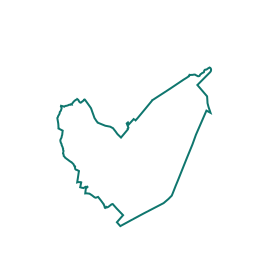 the district of Pancota, Arad, Romania, rotated 117°
{"feature_id": "2599482B7909722307763", "entity_name": "Pancota", "entity_type": "district", "adm_level": 2, "iso_a3": "ROU", "parent_name": "Romania", "parent_adm1": "Arad", "projection": "robinson", "projection_center": [21.692, 46.318], "detail": "fine", "context": "isolated", "style": "outline", "palette": "teal", "viewbox_px": 256, "rotation_deg": 117, "n_neighbors": 0, "source": "geoboundaries", "source_scale": "gbopen_adm2", "svg_char_len": 3650}
<svg xmlns="http://www.w3.org/2000/svg" viewBox="0 0 256 256"><g transform="rotate(117 128 128)"><path d="M138.6,197.7L138.9,197.6L139.2,197.6L139.7,196.9L140.4,196.2L140.6,196.1L141.2,196.0L142.3,195.8L143.0,195.7L143.9,195.8L144.6,196.0L145.4,195.8L146.2,195.5L147.1,195.5L147.7,195.5L148.5,195.6L149.4,195.6L150.3,195.4L151.2,195.5L155.5,192.3L157.1,191.3L157.4,191.1L158.4,190.6L159.2,190.1L159.7,189.3L160.0,189.4L160.0,185.0L162.2,184.2L164.0,183.5L165.0,183.4L166.7,182.9L168.9,182.9L170.1,182.5L170.8,181.9L171.6,181.2L172.4,180.0L173.4,179.3L174.9,177.4L175.6,176.9L175.9,176.4L176.4,176.2L177.1,175.8L177.5,175.2L177.9,175.0L178.4,174.8L179.0,174.7L180.2,174.3L180.2,174.0L180.7,173.6L181.2,173.1L182.1,172.6L182.2,172.2L182.4,171.5L182.8,171.0L183.0,170.5L183.0,170.2L183.3,168.9L183.6,166.9L184.0,164.8L184.1,163.3L184.2,163.2L184.2,162.5L184.3,162.3L184.6,161.4L185.0,160.1L186.3,158.5L186.2,157.8L186.5,157.5L187.3,157.4L188.6,156.2L188.8,155.2L188.6,154.6L188.6,153.8L188.6,153.1L188.5,152.7L188.5,152.3L188.7,152.1L189.8,151.8L195.2,150.0L199.5,148.6L199.4,148.5L198.5,147.3L198.1,146.1L197.8,145.4L196.9,145.2L202.5,143.7L202.3,142.6L202.2,142.0L202.0,141.5L201.8,140.5L201.0,140.0L200.2,139.4L199.7,139.2L199.5,138.6L199.1,138.0L198.2,137.1L199.5,137.5L200.7,138.0L201.0,138.0L201.3,138.0L205.7,136.4L205.0,135.2L204.0,132.5L204.3,129.6L204.9,126.6L204.9,125.4L204.6,124.9L203.0,123.4L203.7,121.8L204.8,119.4L206.0,117.0L206.8,115.4L206.9,115.1L207.2,115.0L207.5,114.4L207.9,114.1L208.2,113.5L208.9,113.1L209.6,112.3L209.6,112.1L208.8,112.0L208.8,111.8L208.7,111.3L208.3,111.3L208.1,111.3L208.1,110.6L208.0,110.3L207.3,109.8L207.0,109.6L203.5,108.0L202.7,107.1L204.9,101.5L206.5,96.9L207.9,92.8L217.0,95.1L217.2,94.6L218.2,92.1L218.9,90.3L209.4,83.8L200.0,77.3L196.7,75.0L178.8,62.2L172.8,59.7L168.4,58.3L164.8,58.6L157.6,59.3L152.4,59.7L128.2,61.9L120.9,62.5L113.5,63.1L103.2,64.4L90.0,65.2L76.9,66.0L77.0,61.4L76.9,61.5L76.7,61.7L75.5,62.9L72.6,65.9L69.8,68.4L66.2,70.5L63.9,71.9L63.1,73.8L58.2,85.7L42.0,80.5L41.5,80.3L40.9,80.2L40.7,80.1L40.2,80.1L39.8,80.0L38.6,80.3L38.1,80.6L37.4,81.3L37.1,82.0L37.1,82.8L38.2,83.5L38.9,83.9L40.3,84.6L40.8,85.4L40.9,85.6L41.1,85.8L41.4,85.9L41.6,86.0L42.0,86.1L42.3,86.1L42.7,86.0L43.0,85.9L43.4,85.8L43.8,85.7L44.2,85.9L44.6,86.2L44.9,86.5L45.4,86.9L45.8,87.0L46.2,87.2L46.9,87.6L47.7,87.9L48.0,87.9L48.3,87.9L48.6,87.9L49.0,87.9L49.2,88.0L49.4,88.1L49.6,88.4L49.8,88.6L50.1,89.1L50.1,90.3L50.1,90.6L50.1,90.9L50.1,91.4L50.1,91.8L50.1,92.1L50.0,92.5L50.2,92.9L50.5,93.5L50.9,94.0L51.7,95.1L52.0,95.9L52.6,96.6L52.7,97.3L54.0,97.2L54.1,97.5L54.7,97.5L57.0,98.8L59.8,100.5L68.6,105.4L72.9,107.8L80.4,112.1L87.8,116.4L89.7,117.5L90.6,118.0L91.6,118.6L91.8,118.7L92.3,119.1L92.6,119.0L92.8,119.0L93.6,119.2L104.0,121.5L115.1,124.0L117.7,124.7L117.5,125.2L117.6,126.6L117.5,127.0L124.5,128.9L123.1,130.6L124.5,131.2L127.6,127.7L128.8,128.0L129.3,127.5L139.7,129.9L139.0,132.1L138.3,134.4L138.0,135.0L137.9,135.3L137.1,136.8L136.4,138.2L136.1,138.9L135.3,140.6L135.0,141.1L135.0,141.6L134.9,144.4L136.3,149.3L137.0,157.5L136.6,157.9L136.4,158.7L134.3,162.4L132.3,164.5L129.4,167.6L128.7,168.3L127.3,169.8L127.2,169.9L125.9,172.3L124.5,175.0L122.3,179.3L122.4,179.8L122.9,180.1L123.6,180.0L125.2,180.8L126.3,181.3L126.9,181.6L127.0,182.0L127.0,182.4L126.8,182.9L126.7,183.4L125.5,185.1L125.3,186.4L125.5,186.4L125.6,186.5L126.0,186.7L126.8,187.4L128.4,188.1L129.4,188.4L130.4,188.6L131.4,188.8L132.4,189.0L132.6,188.8L132.9,189.8L133.4,189.8L133.9,190.9L135.0,191.7L136.1,192.8L136.8,193.9L138.0,194.5L138.1,195.7L138.6,197.7L138.6,197.7Z" fill="none" stroke="#0f766e" stroke-width="2"/></g></svg>